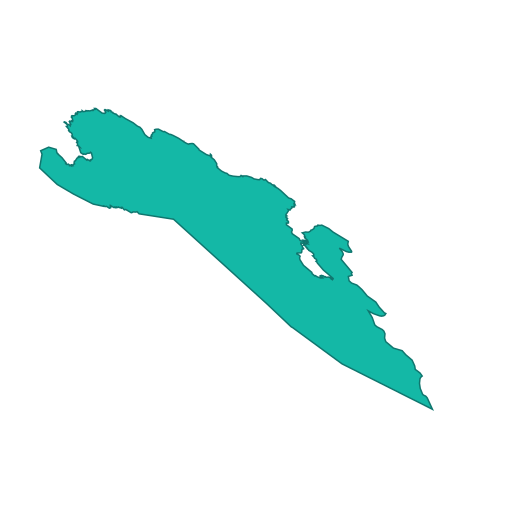 outline of Skånland nor, Troms, Norway, rotated 39°
{"feature_id": "86288312B73235006037434", "entity_name": "Skånland nor", "entity_type": "district", "adm_level": 2, "iso_a3": "NOR", "parent_name": "Norway", "parent_adm1": "Troms", "projection": "robinson", "projection_center": [16.957, 68.61], "detail": "fine", "context": "isolated", "style": "filled", "palette": "teal", "viewbox_px": 512, "rotation_deg": 39, "n_neighbors": 0, "source": "geoboundaries", "source_scale": "gbopen_adm2", "svg_char_len": 5981}
<svg xmlns="http://www.w3.org/2000/svg" viewBox="0 0 512 512"><g transform="rotate(39 256 256)"><path d="M25.6,311.5L32.4,323.7L56.5,325.5L75.2,322.7L96.8,318.1L106.3,313.3L106.2,312.8L107.6,312.6L108.6,311.5L112.0,311.1L112.6,310.1L111.5,309.0L112.4,309.1L112.6,308.6L111.8,308.8L111.4,308.3L115.0,307.8L115.5,307.4L115.3,306.9L115.6,306.6L116.7,306.8L117.2,306.2L116.9,305.7L118.0,305.3L118.2,304.5L119.4,304.4L120.0,303.7L121.3,303.7L121.6,303.1L121.3,303.1L121.2,302.5L124.7,303.0L125.5,301.8L131.8,300.9L132.6,299.8L132.7,299.1L135.1,297.4L135.6,296.4L138.6,296.8L168.8,279.3L294.2,286.3L328.0,288.9L329.5,288.6L390.7,285.7L489.6,264.1L478.3,258.5L476.1,258.1L473.7,258.7L472.5,258.6L467.0,255.6L463.2,252.1L460.6,248.1L460.4,246.1L460.7,244.7L457.1,243.7L451.1,243.9L448.6,241.6L442.9,238.7L434.6,238.5L429.2,237.6L420.8,241.1L410.8,240.9L407.6,238.9L405.2,235.3L402.6,233.9L400.4,233.7L394.5,234.9L391.7,234.8L385.1,230.7L377.8,228.0L383.5,226.9L389.8,224.7L391.5,223.7L392.7,222.3L393.3,221.0L393.1,219.0L391.5,219.4L383.8,218.2L378.1,216.4L367.6,217.1L359.9,215.5L356.0,215.2L352.7,215.1L347.3,216.9L344.0,216.7L340.6,213.8L342.8,210.5L341.0,209.5L341.0,208.3L324.3,205.0L323.5,203.1L323.0,200.2L322.5,199.5L320.4,198.4L315.8,197.4L323.4,195.7L325.8,194.6L327.8,192.9L327.4,192.2L322.1,190.5L320.6,189.6L319.8,189.0L318.5,186.5L300.9,188.9L295.3,188.9L287.7,190.6L286.5,192.0L285.1,192.8L285.3,192.9L284.7,193.6L284.8,194.0L283.1,196.0L283.1,196.7L283.8,198.2L283.2,200.2L282.4,201.5L282.7,202.2L281.8,204.5L279.4,206.2L277.4,208.9L280.2,209.0L281.4,210.0L283.1,210.3L281.8,210.7L282.5,211.2L286.1,211.3L287.6,212.2L284.7,212.8L282.8,214.0L283.7,214.1L285.5,213.3L288.4,213.9L287.5,214.2L287.3,214.5L287.8,214.8L287.5,215.3L285.6,216.5L286.3,217.6L288.4,217.0L289.4,217.7L290.9,217.6L291.1,218.1L293.0,218.1L293.4,218.4L296.9,217.9L299.4,218.1L300.4,218.9L300.3,219.4L300.7,219.7L300.1,220.2L302.5,220.5L302.9,220.9L305.0,220.6L306.0,221.2L305.8,221.5L306.3,222.1L306.2,222.4L306.9,222.3L308.2,222.9L317.1,224.5L330.1,224.9L330.3,225.5L329.4,225.8L330.0,226.4L329.0,226.6L327.2,226.2L325.7,226.7L323.9,228.4L322.9,228.4L322.7,229.0L321.1,229.0L319.0,229.9L318.4,230.9L319.3,231.2L320.0,230.8L319.2,231.7L320.0,231.9L321.2,230.7L321.8,230.9L320.0,232.5L316.9,233.6L314.5,233.9L314.2,234.5L310.7,234.4L309.7,233.6L298.8,233.4L292.4,231.2L291.0,230.0L290.4,228.4L289.2,228.2L286.4,228.7L286.0,228.2L286.3,227.6L289.1,225.2L289.1,224.2L287.5,221.9L288.5,220.5L288.3,220.2L286.7,220.0L285.2,218.8L283.8,218.7L282.8,217.9L282.7,217.4L284.1,216.9L284.8,215.3L285.9,215.2L285.8,214.9L283.4,215.0L280.5,216.2L278.5,215.3L270.2,215.9L268.5,215.0L268.0,213.3L267.1,212.3L260.0,212.6L258.9,211.3L260.2,210.3L260.4,209.9L259.8,209.1L259.3,208.7L257.1,208.7L257.0,207.3L256.5,207.5L256.1,206.9L255.1,207.2L254.3,206.3L254.8,205.4L253.6,205.5L253.2,204.9L252.8,200.7L252.5,200.0L251.6,199.7L253.5,198.9L253.2,198.0L253.7,196.5L253.4,196.2L253.5,195.4L253.1,195.2L254.8,194.0L254.9,193.5L254.1,193.4L254.2,192.3L252.6,191.5L252.6,191.1L253.3,191.1L252.4,190.6L251.7,189.3L247.3,189.4L244.8,190.4L233.9,189.6L230.2,189.7L227.2,190.3L226.6,190.3L227.3,189.7L225.7,189.4L223.6,190.5L221.5,190.3L219.5,191.1L215.2,190.6L214.8,191.6L214.0,192.1L212.0,192.1L210.7,192.8L210.8,194.4L209.5,195.4L206.0,197.3L203.1,197.7L198.4,199.6L195.2,202.2L195.7,202.2L195.9,202.5L195.7,202.7L193.7,202.8L193.7,204.2L192.4,205.4L187.9,208.4L184.2,210.2L181.3,210.1L180.0,210.8L175.8,211.7L170.5,211.7L169.2,211.2L170.9,211.1L168.7,210.7L167.4,209.0L163.1,207.5L158.8,207.4L158.2,206.6L158.6,206.3L158.4,206.1L157.9,206.4L157.7,206.2L158.0,205.9L157.8,205.7L156.5,205.6L157.2,206.8L157.0,207.2L153.6,208.4L145.2,209.4L144.3,208.9L136.9,208.1L135.6,208.7L133.4,210.9L133.4,211.5L131.5,212.1L128.1,212.7L127.7,212.3L127.1,212.7L121.8,213.2L115.6,214.5L113.1,215.2L112.5,215.8L106.4,216.9L105.8,217.7L100.4,218.8L98.6,220.3L97.7,221.6L98.7,222.4L99.2,223.5L98.5,224.4L98.2,225.5L98.7,226.0L98.6,227.8L99.3,228.2L98.9,228.4L99.4,229.0L99.3,229.6L100.4,230.4L97.4,231.7L93.2,231.6L87.6,229.4L84.8,229.0L82.2,229.7L76.7,229.8L68.1,231.4L62.8,231.9L63.0,232.5L62.3,232.6L62.9,233.6L61.8,234.0L57.7,233.8L57.5,234.2L54.8,234.9L54.4,234.5L52.6,235.1L52.0,234.5L51.3,234.5L49.3,235.4L50.0,235.9L49.2,236.3L49.5,236.5L47.3,236.9L47.5,237.4L46.4,237.5L46.4,238.0L48.8,238.8L49.0,239.6L48.6,239.9L48.6,240.5L46.5,241.8L38.8,242.1L38.2,242.5L38.6,243.0L37.7,243.2L38.2,243.7L37.8,244.8L37.3,245.2L37.7,245.5L37.4,245.8L36.7,246.1L35.5,247.9L34.0,248.8L34.0,249.2L32.3,250.0L32.6,250.7L30.9,252.5L29.6,252.5L30.1,253.0L29.1,253.9L28.8,254.8L27.0,255.7L27.0,256.1L26.5,256.3L26.7,257.1L27.6,257.4L27.8,258.4L26.0,258.4L26.1,259.1L26.9,259.2L26.8,260.2L26.3,261.6L24.7,262.7L24.6,263.2L25.6,263.9L25.3,264.3L26.5,264.6L28.5,266.1L28.3,266.4L28.6,266.8L27.8,267.0L28.2,267.4L27.3,267.8L27.3,268.3L26.3,268.4L26.3,269.0L27.1,269.1L27.7,269.8L28.9,270.0L29.4,270.4L29.3,271.3L29.6,271.7L28.1,271.6L26.2,272.4L24.4,271.8L22.7,272.3L22.6,272.7L26.1,272.6L27.8,273.8L28.1,274.4L27.6,274.7L30.3,275.2L31.8,276.2L30.8,276.3L33.0,276.8L34.5,276.5L35.7,276.7L36.8,277.3L37.6,278.4L38.4,278.6L37.7,278.9L38.8,279.5L41.2,279.3L41.3,278.4L44.5,278.8L44.6,279.4L45.4,279.4L45.3,280.5L45.8,280.3L45.8,280.7L47.1,281.3L47.5,282.7L48.8,282.1L50.8,282.4L49.9,282.8L54.8,286.0L57.3,285.8L58.0,285.5L58.0,284.9L59.3,284.5L60.0,283.4L60.0,282.7L62.2,280.5L62.1,279.5L63.3,279.5L67.2,282.5L67.7,284.0L67.1,284.8L67.4,285.5L66.8,285.7L67.2,286.6L64.1,287.1L64.3,287.8L65.0,288.0L58.4,287.9L57.1,289.5L56.3,289.3L55.9,289.9L56.5,290.4L56.0,291.1L55.5,290.8L55.6,292.2L55.3,292.6L55.7,295.8L55.2,296.5L55.7,297.7L57.0,298.6L56.4,299.5L56.3,300.8L56.9,301.0L56.1,301.8L55.7,301.1L55.2,301.1L54.9,301.6L55.7,302.2L54.8,302.4L54.2,303.2L53.6,302.7L52.3,302.7L51.5,303.9L50.0,304.0L50.0,303.2L43.4,301.7L37.8,301.4L37.6,301.1L36.3,301.1L33.7,298.9L34.1,298.7L26.4,301.9L22.4,309.7L25.6,311.5Z" fill="#14b8a6" stroke="#0f766e" stroke-width="1.5"/></g></svg>